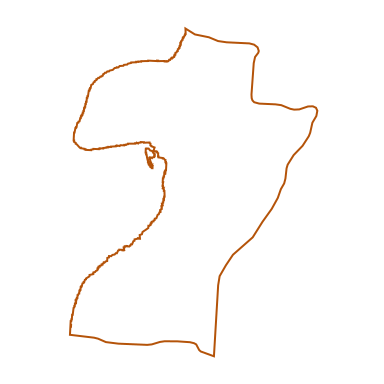 the district of Boca Chica, Santo Domingo, Dominican Republic, rotated 93°
{"feature_id": "3306468B37182555728177", "entity_name": "Boca Chica", "entity_type": "district", "adm_level": 2, "iso_a3": "DOM", "parent_name": "Dominican Republic", "parent_adm1": "Santo Domingo", "projection": "natural_earth1", "projection_center": [-69.616, 18.462], "detail": "fine", "context": "isolated", "style": "outline", "palette": "amber", "viewbox_px": 384, "rotation_deg": 93, "n_neighbors": 0, "source": "geoboundaries", "source_scale": "gbopen_adm2", "svg_char_len": 6026}
<svg xmlns="http://www.w3.org/2000/svg" viewBox="0 0 384 384"><g transform="rotate(93 192 192)"><path d="M354.9,161.5L283.8,161.0L274.6,160.0L263.4,154.3L252.5,147.8L234.1,129.0L218.0,120.0L204.7,111.5L193.4,106.0L184.5,103.4L178.6,100.4L173.7,99.4L163.4,98.8L159.7,97.9L149.8,92.4L140.1,84.0L130.2,78.3L126.7,77.1L116.5,75.4L109.6,71.8L104.3,71.1L101.4,72.6L100.1,75.8L100.5,80.6L103.9,89.2L104.4,94.3L103.8,98.2L100.6,107.4L100.1,113.3L100.2,129.5L99.1,134.6L97.4,136.4L95.2,137.3L91.6,137.7L60.1,137.1L53.9,136.1L49.5,133.1L47.7,132.7L44.1,134.1L41.6,137.7L40.6,142.5L40.7,165.2L39.9,173.9L36.6,183.2L34.5,197.3L29.1,207.1L34.4,206.6L34.4,207.1L35.8,207.1L35.8,207.6L37.7,208.2L37.7,208.7L38.6,208.7L38.6,209.3L40.4,209.3L40.4,209.8L42.3,210.4L42.3,210.9L43.7,210.9L43.7,211.5L45.1,211.5L45.1,210.9L45.5,210.9L45.5,211.5L46.9,211.5L46.9,212.0L48.7,212.0L48.7,212.6L49.7,212.6L50.1,213.6L52.0,213.6L52.0,214.2L53.4,214.7L53.8,215.8L55.7,215.8L55.7,216.4L56.6,216.4L56.6,216.9L58.0,216.9L58.0,217.5L58.9,218.0L58.9,219.1L59.8,219.1L59.8,220.2L61.2,220.7L61.2,221.8L62.6,222.4L62.6,224.0L63.1,224.0L63.1,226.2L62.6,226.2L63.1,232.7L62.6,232.7L62.6,233.8L63.1,233.8L63.1,242.6L63.5,242.6L64.0,249.6L64.5,249.6L64.5,252.4L64.9,252.4L64.9,254.6L65.4,254.6L65.8,259.5L66.3,259.5L67.2,262.7L68.1,263.3L68.6,266.6L69.5,267.1L70.0,270.9L71.4,272.0L71.4,273.6L71.8,273.6L72.3,275.8L74.2,277.5L75.1,280.7L76.0,281.3L76.0,282.9L77.4,284.0L77.4,285.1L78.8,286.2L78.8,286.7L80.6,287.3L80.6,287.8L81.5,288.4L81.5,289.5L82.9,290.6L82.9,291.6L84.3,292.7L84.3,293.3L85.2,293.3L86.2,294.9L87.1,294.9L87.6,296.0L89.4,296.6L90.3,298.2L93.6,298.7L93.6,299.3L94.9,299.3L94.9,299.8L96.3,299.8L96.3,300.4L101.9,300.9L101.9,301.5L103.7,301.5L103.7,302.0L107.4,302.0L107.4,302.6L109.7,302.6L109.7,303.1L112.5,303.1L112.5,303.6L113.9,303.6L113.9,304.2L116.7,304.2L116.7,304.7L118.5,304.7L118.5,305.3L120.4,305.3L120.4,305.8L121.3,305.8L121.3,306.4L122.2,306.4L122.2,306.9L124.1,306.9L124.1,307.5L127.3,308.0L127.7,309.1L128.7,309.1L129.1,310.2L133.3,310.7L133.3,311.3L134.2,311.3L134.2,311.8L138.8,312.4L138.8,312.9L146.7,312.9L146.7,312.4L148.1,312.4L149.0,310.7L149.9,310.7L150.4,309.6L153.6,306.4L153.6,305.3L154.1,305.3L154.5,301.5L155.0,301.5L155.0,300.4L155.5,300.4L155.5,294.9L155.0,294.9L154.5,292.7L154.1,292.7L154.1,287.3L153.6,287.3L153.6,286.2L153.2,286.2L153.2,282.9L152.7,282.9L152.2,279.6L151.8,279.6L151.8,278.0L151.3,278.0L151.3,275.3L150.9,275.3L150.4,270.4L149.9,270.4L149.9,269.3L149.5,269.3L149.9,266.6L149.0,266.0L149.0,262.2L148.5,262.2L148.5,260.6L148.1,260.6L147.6,258.4L147.1,258.4L146.7,251.3L146.2,251.3L146.2,249.6L145.8,249.6L146.2,248.6L145.8,248.6L145.3,245.8L144.8,245.8L144.8,242.6L145.3,242.6L144.8,237.1L145.3,237.1L145.8,236.0L147.6,236.0L148.1,234.9L148.5,234.9L149.5,231.7L153.2,232.7L153.2,230.0L153.6,230.0L153.6,228.9L154.5,228.9L155.0,227.8L158.2,227.8L158.2,227.3L159.2,227.3L159.6,222.9L160.1,222.9L160.1,221.8L161.5,220.7L161.5,220.2L163.3,220.2L163.3,219.6L164.7,219.6L164.7,219.1L171.6,219.1L171.6,219.6L172.6,219.6L172.6,220.2L173.9,220.2L173.9,220.7L174.4,220.7L174.4,219.6L175.3,219.6L175.8,220.7L178.1,220.7L178.1,221.3L179.9,221.3L179.9,221.8L183.7,221.8L183.7,221.3L187.3,221.8L187.3,221.3L189.2,221.3L189.2,220.7L190.1,221.3L190.6,220.2L192.4,220.2L192.4,219.6L198.0,219.1L198.0,219.6L200.3,219.6L200.3,220.2L200.7,220.2L200.7,219.6L201.7,219.6L201.7,220.2L204.0,220.2L204.0,220.7L205.4,220.7L205.4,221.3L206.7,220.7L206.7,221.3L207.7,221.3L207.7,221.8L208.1,221.8L208.1,221.3L210.4,221.3L210.4,221.8L211.8,222.4L211.8,222.9L213.2,222.9L213.2,222.4L213.7,222.4L214.1,223.5L216.0,224.0L216.5,225.1L220.1,226.2L220.6,227.8L222.0,227.8L222.5,228.9L223.4,228.9L223.8,230.6L224.8,230.6L224.8,231.1L225.7,231.1L225.7,231.7L227.1,231.7L227.1,232.2L228.0,232.7L228.0,233.8L230.3,233.8L234.5,239.3L236.8,239.8L237.7,242.0L241.4,241.5L241.4,243.1L240.9,243.1L240.9,243.6L241.4,243.6L242.3,246.9L243.7,246.9L244.2,248.0L247.4,249.1L247.4,250.2L248.8,250.7L248.8,251.3L249.7,251.8L249.7,254.0L249.3,254.0L249.3,254.6L249.7,254.6L249.7,256.2L250.2,256.2L250.2,256.7L251.1,256.7L251.1,257.3L253.4,256.7L253.4,257.3L253.9,257.3L253.9,258.4L253.4,258.4L253.4,261.6L253.9,261.6L254.3,262.7L257.1,263.8L257.1,264.9L258.5,266.0L259.0,268.2L260.3,269.3L260.3,271.5L261.7,271.5L262.2,273.1L265.4,273.1L265.9,274.7L266.8,275.3L266.8,276.4L267.7,276.4L268.2,277.5L269.1,277.5L269.1,278.5L270.0,278.5L270.5,280.2L271.4,280.2L271.4,281.3L272.4,281.3L272.4,281.8L273.3,281.8L273.3,282.4L273.7,282.4L273.7,281.8L275.1,282.4L276.0,284.0L277.0,284.6L277.4,286.2L278.8,286.2L278.8,286.7L279.3,286.7L280.2,290.0L281.6,290.0L283.9,293.3L284.8,293.3L285.3,294.4L287.6,294.9L287.6,295.5L288.5,295.5L289.0,296.6L291.8,297.1L291.8,297.6L292.7,297.6L292.7,298.2L295.5,298.2L295.5,298.7L296.4,298.7L296.4,299.3L299.2,299.3L299.2,299.8L301.0,300.4L301.0,300.9L303.8,300.9L303.8,301.5L305.2,301.5L305.2,302.0L306.1,302.0L306.1,302.6L306.5,302.6L306.5,302.0L308.9,302.0L308.9,302.6L309.8,302.6L309.8,303.1L312.1,303.1L312.1,303.6L313.5,303.6L313.9,304.2L320.9,304.7L320.9,305.3L325.5,305.3L325.5,305.8L327.3,305.8L327.3,306.4L331.0,306.4L331.0,305.8L332.9,305.8L332.9,306.4L341.0,306.4L342.6,282.2L343.4,278.1L346.4,270.1L347.3,257.6L347.0,228.7L346.3,224.2L343.4,216.1L342.5,211.6L341.9,198.8L342.1,186.2L342.9,182.0L344.0,179.8L349.4,176.6L350.8,174.9L354.9,161.5ZM158.2,231.1L156.4,231.1L156.4,231.7L155.5,231.7L155.0,232.7L154.1,232.7L154.1,233.3L153.2,233.8L152.7,236.0L150.9,237.6L150.9,239.8L151.3,239.8L151.3,240.4L155.0,240.4L155.0,239.8L156.9,239.8L156.9,239.3L160.1,238.7L160.1,238.2L161.9,238.2L161.9,237.6L164.3,237.6L164.3,237.1L165.6,237.1L165.6,236.6L166.6,236.6L166.6,236.0L167.5,236.0L167.5,235.5L169.3,234.9L169.8,233.3L170.3,233.3L170.3,232.7L169.3,232.7L169.3,233.3L167.9,232.7L167.5,233.8L166.6,233.3L166.6,233.8L164.7,234.4L164.7,234.9L161.9,235.5L161.9,236.0L160.1,236.0L160.1,235.5L159.6,235.5L160.1,233.8L159.6,233.8L159.2,231.7L158.2,231.7L158.2,231.1Z" fill="none" stroke="#b45309" stroke-width="2"/></g></svg>